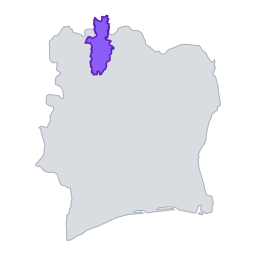 Bagoue, Savanes, Ivory Coast shown in context
{"feature_id": "98640826B26044148659027", "entity_name": "Bagoue", "entity_type": "district", "adm_level": 2, "iso_a3": "CIV", "parent_name": "Ivory Coast", "parent_adm1": "Savanes", "projection": "natural_earth1", "projection_center": [-6.474, 9.903], "detail": "fine", "context": "in_parent", "style": "filled", "palette": "violet", "viewbox_px": 256, "rotation_deg": 0, "n_neighbors": 0, "source": "geoboundaries", "source_scale": "gbopen_adm2", "svg_char_len": 8176}
<svg xmlns="http://www.w3.org/2000/svg" viewBox="0 0 256 256"><path d="M54.2,35.9L55.1,35.9L57.4,35.1L59.6,33.3L61.5,29.6L64.2,26.6L67.2,26.8L68.1,26.2L69.1,26.1L70.4,28.1L71.7,29.6L72.6,29.7L73.2,32.5L78.7,33.7L81.0,34.5L83.0,36.5L83.7,36.6L84.5,36.2L85.2,35.4L85.3,34.6L84.5,32.8L84.8,31.1L85.7,29.6L87.1,29.5L89.3,29.1L91.7,29.1L93.5,29.3L94.2,27.8L93.6,23.6L93.7,21.3L94.0,19.3L94.7,18.5L97.4,21.0L99.9,21.9L101.7,21.9L102.2,21.5L101.4,18.8L101.6,18.0L102.3,17.5L103.4,17.2L106.6,16.1L106.9,16.3L107.5,20.6L107.2,22.0L107.9,24.9L108.7,27.5L108.7,28.6L108.0,30.3L107.2,31.8L107.3,32.4L108.5,33.5L111.0,34.5L113.5,34.8L114.8,33.2L116.3,31.9L117.3,30.8L117.6,29.1L119.2,27.9L123.8,26.4L127.9,26.1L128.9,26.6L130.8,29.0L133.2,30.6L136.8,30.4L139.5,31.3L141.8,33.1L143.3,37.1L145.0,40.0L145.7,44.1L148.4,46.3L150.4,47.2L153.2,50.2L156.1,51.7L159.2,51.4L160.6,53.0L162.8,54.1L165.0,54.1L167.0,50.7L169.6,49.3L176.2,46.6L178.8,45.4L181.4,44.6L187.8,44.3L193.7,45.2L196.6,45.8L198.6,45.3L200.5,47.0L202.5,50.4L204.1,51.5L205.8,52.7L207.0,55.4L208.4,58.1L209.2,59.2L211.0,61.9L212.5,61.9L214.0,60.8L214.6,59.9L214.9,61.7L214.4,64.5L214.5,66.3L215.3,66.9L214.9,69.2L213.1,73.0L213.1,75.3L214.9,76.0L216.1,78.4L216.9,82.5L217.6,83.9L217.7,84.8L219.0,94.8L220.5,104.8L219.5,106.1L218.2,106.5L217.3,106.9L217.1,107.9L217.7,109.2L217.3,110.5L215.6,111.3L211.9,114.5L211.7,115.8L210.7,118.5L209.9,120.2L208.7,123.2L206.8,131.3L206.1,138.1L206.0,140.1L205.3,141.6L204.5,143.7L200.5,149.4L198.5,154.1L198.7,156.2L198.8,158.3L198.2,159.7L198.4,163.7L198.9,167.0L199.6,170.3L202.5,179.6L204.0,185.2L204.9,189.7L205.8,192.7L206.5,194.0L206.9,195.2L211.1,196.0L212.0,196.7L213.2,202.6L213.0,205.2L212.1,206.2L212.2,208.5L212.0,211.3L211.3,212.4L208.9,212.6L207.3,213.6L205.2,213.2L205.0,212.5L203.8,212.2L200.6,210.6L201.1,205.5L199.6,205.3L198.5,206.0L196.3,212.1L195.2,213.2L179.3,210.0L175.8,207.5L171.7,206.9L164.5,207.2L158.5,207.9L156.8,209.5L171.8,208.6L173.5,208.8L174.2,209.7L155.2,211.7L148.0,212.9L145.9,212.6L144.2,210.6L136.4,210.4L134.8,211.0L133.8,212.5L136.9,212.2L141.8,212.1L143.1,213.2L127.8,214.6L117.2,217.4L112.7,219.5L97.9,226.2L88.9,229.4L86.5,230.5L82.4,233.8L77.1,235.9L71.2,239.8L67.6,240.6L66.8,239.4L66.7,232.9L66.2,224.1L66.4,220.7L66.9,217.6L66.9,215.0L68.7,214.0L69.1,212.9L69.4,209.5L71.1,206.4L71.1,201.0L71.6,199.8L72.0,198.4L71.3,194.9L70.4,188.2L69.9,187.7L69.5,188.0L68.6,188.1L64.8,185.8L62.0,185.4L60.0,183.5L59.8,181.2L58.9,179.9L58.2,177.3L57.2,174.3L54.4,172.5L51.7,172.1L49.8,172.5L47.6,172.3L45.1,171.3L43.3,170.2L41.7,168.0L40.1,166.3L38.9,166.5L37.4,166.1L35.9,165.3L35.5,164.7L41.6,157.7L43.7,154.3L43.9,152.3L44.0,150.2L44.6,148.0L44.8,144.8L41.4,132.9L40.6,129.2L39.7,128.1L39.1,127.7L40.8,126.2L43.2,126.6L46.8,127.7L47.6,126.6L50.3,120.6L50.3,118.3L50.0,116.8L51.6,112.7L52.9,111.1L53.6,109.4L53.3,107.0L52.4,106.1L51.1,106.3L49.6,105.7L47.3,104.4L46.1,103.2L46.5,97.8L46.7,96.1L47.5,95.1L48.8,94.8L52.4,94.7L55.3,95.3L57.8,95.7L59.2,95.7L60.3,97.3L61.8,98.9L63.1,98.9L63.5,97.7L63.2,92.3L62.4,89.5L60.4,86.7L55.4,84.4L55.2,81.1L55.8,77.6L56.9,76.3L60.6,74.0L60.0,72.8L58.8,71.5L56.4,70.2L56.9,66.0L57.0,62.2L55.0,62.7L53.0,62.9L51.2,61.7L49.8,59.4L49.5,53.1L49.5,45.8L49.2,42.6L49.8,40.9L51.6,39.3L53.5,37.2L54.2,35.9ZM203.1,213.3L202.3,214.7L198.2,213.8L199.2,212.6L203.1,213.3Z" fill="#d9dde1" stroke="#a8b0b8" stroke-width="1"/><path d="M108.5,33.1L108.4,33.0L108.5,32.4L108.3,32.3L108.0,32.4L107.7,32.1L107.7,31.3L107.2,30.8L107.7,30.4L108.0,30.3L108.3,30.7L108.5,30.8L108.5,30.7L108.6,30.4L108.8,30.1L108.4,29.7L109.2,28.5L109.1,28.4L108.8,28.3L108.8,28.1L108.6,27.9L108.7,27.4L108.7,27.0L108.8,26.9L109.0,26.9L109.3,27.0L109.4,26.6L109.4,26.4L108.9,26.1L108.6,25.8L108.6,24.9L108.9,24.6L109.2,24.3L109.3,24.1L109.0,23.9L108.1,23.8L108.0,23.7L108.0,23.3L107.8,23.0L107.6,22.9L107.4,23.2L107.1,23.2L106.8,23.1L106.8,22.8L107.0,22.2L107.5,21.9L107.8,21.5L108.0,21.0L107.9,20.8L107.7,20.8L108.0,20.4L107.9,20.3L107.6,20.3L107.4,19.9L107.7,19.5L108.2,19.4L108.6,19.1L108.6,18.9L108.2,19.0L107.8,18.6L107.7,18.3L107.4,18.3L107.2,18.1L107.2,17.9L107.4,17.1L107.3,16.8L107.7,16.3L107.7,16.1L107.8,16.0L107.8,15.9L107.4,15.8L107.2,15.7L106.5,15.4L104.6,17.3L103.9,17.2L103.1,16.8L102.6,16.7L102.3,16.5L101.9,16.7L101.8,16.8L101.9,17.1L101.8,17.3L101.8,18.8L102.1,20.4L101.4,21.4L101.2,21.4L100.5,21.2L100.3,21.2L99.8,21.0L99.1,21.0L98.8,21.0L98.0,20.7L97.8,20.3L97.3,19.8L97.1,19.7L96.6,19.6L96.4,19.5L96.1,19.1L95.9,18.4L95.6,18.0L95.1,17.7L94.8,17.8L94.7,18.1L94.7,18.5L94.6,18.9L94.9,19.0L94.9,19.3L94.7,19.4L94.4,19.3L94.1,19.6L94.2,19.8L94.0,20.2L94.0,20.4L94.4,20.8L94.3,21.3L94.2,21.6L94.3,21.9L94.2,22.3L94.4,22.6L94.3,22.9L94.0,22.8L93.9,22.8L93.9,23.3L94.0,23.5L94.1,23.8L93.9,23.9L93.9,24.0L93.9,24.4L94.1,24.6L94.0,24.9L94.1,25.2L94.4,25.5L94.9,25.5L94.9,25.8L95.3,26.0L95.4,26.3L95.4,26.5L94.9,27.3L94.7,27.5L94.9,27.8L94.8,28.0L94.9,28.6L94.4,29.0L94.6,29.1L94.6,29.3L94.6,29.5L94.8,29.6L94.7,29.9L94.9,30.2L94.9,30.3L95.0,30.5L94.9,30.6L95.1,30.6L95.2,30.8L95.4,30.8L95.4,31.0L95.3,31.3L95.3,31.6L95.2,31.5L95.3,32.0L95.2,32.3L95.3,32.4L95.2,32.7L95.3,32.7L95.3,32.9L95.5,32.9L95.4,33.1L95.6,33.3L95.9,33.3L96.2,33.2L96.3,33.4L96.6,33.5L96.5,35.0L96.6,35.5L96.7,35.9L96.6,36.1L95.9,36.6L94.1,37.3L93.0,38.1L91.9,38.2L91.6,38.1L90.7,37.0L90.4,37.0L90.2,36.9L89.9,36.8L89.8,37.0L89.7,37.1L89.6,36.9L89.3,36.8L89.3,37.0L89.2,37.1L88.8,37.2L88.6,37.1L88.4,37.2L88.2,37.5L87.9,37.4L87.9,37.5L87.7,37.9L87.6,38.0L87.3,38.0L87.1,38.3L86.9,38.9L86.8,39.2L86.5,39.4L86.4,39.5L86.3,39.9L86.3,40.1L86.4,40.3L86.4,40.8L86.2,41.1L86.1,41.3L85.9,41.6L85.5,41.9L85.3,42.4L85.2,42.8L86.2,43.1L87.7,43.0L88.3,43.1L88.6,43.2L89.3,43.3L90.0,43.3L90.5,43.2L90.9,44.4L91.4,45.1L91.7,45.7L91.7,46.2L91.9,46.3L92.0,46.5L92.1,47.0L92.0,47.4L91.9,47.5L91.6,47.5L91.5,48.3L91.6,48.5L91.6,48.9L91.2,49.2L91.0,49.5L90.9,49.7L91.1,49.8L91.9,50.2L92.0,50.4L91.8,50.9L91.4,51.9L92.0,52.2L91.9,52.3L91.5,52.6L91.3,52.7L91.3,53.1L91.4,53.4L91.2,53.7L91.0,53.8L90.7,54.5L90.4,55.6L90.5,55.9L90.5,56.3L90.3,56.6L90.4,56.9L90.6,57.0L91.0,57.1L91.4,57.9L92.0,58.3L92.0,58.8L91.9,59.0L91.9,59.4L91.6,59.4L91.5,59.7L91.3,59.8L91.3,60.0L91.3,60.4L90.8,60.9L90.3,61.5L91.3,62.0L90.8,62.5L90.5,62.5L90.4,62.6L90.3,63.0L90.3,63.6L90.3,64.0L90.5,64.2L90.6,64.4L90.8,64.5L90.7,65.3L90.8,65.6L90.7,65.9L90.7,66.5L90.8,67.0L91.4,66.8L91.7,67.1L92.0,67.2L92.0,67.3L91.9,68.1L91.9,69.7L91.7,70.1L91.8,70.4L91.5,70.6L91.5,71.1L91.9,71.4L92.1,71.8L91.6,72.4L91.6,72.7L92.3,72.7L92.7,72.8L92.9,73.1L93.1,73.1L93.2,73.3L93.4,73.4L93.4,73.7L93.3,73.8L93.3,74.1L93.3,74.7L93.9,74.7L94.7,74.5L95.6,74.7L96.0,74.8L96.4,74.6L96.8,74.6L97.1,74.5L97.2,74.2L97.6,73.2L97.2,73.0L97.0,72.8L97.0,72.3L97.2,72.0L97.2,71.7L97.3,71.3L97.7,71.3L98.2,71.5L98.3,71.5L99.3,71.7L99.4,71.8L99.4,72.4L99.9,74.0L100.0,74.7L100.8,74.5L101.1,74.5L101.6,73.8L101.8,73.6L102.0,73.1L102.1,72.7L102.3,72.4L103.2,71.4L103.7,70.3L104.0,70.0L104.1,69.6L104.5,69.5L105.1,69.5L105.2,69.1L105.6,68.7L105.7,68.1L106.1,67.5L106.5,66.4L106.4,65.9L106.2,65.6L106.1,65.4L106.4,65.1L106.4,64.9L106.2,64.4L106.2,64.2L106.4,63.8L106.4,63.0L106.5,62.4L107.5,61.6L108.3,61.3L108.7,61.0L109.4,60.8L109.6,60.5L110.0,59.7L110.1,59.0L110.0,58.7L110.0,58.3L109.8,57.8L109.9,56.7L109.8,55.7L109.8,55.0L110.0,54.7L110.8,54.0L111.1,54.0L111.4,52.8L111.7,52.1L111.2,50.5L111.2,49.5L111.4,48.5L111.5,48.2L112.4,49.0L113.1,49.3L113.2,49.2L113.7,48.7L113.8,48.4L113.8,48.1L113.8,47.8L113.3,47.6L112.8,46.6L112.5,46.4L112.2,46.3L111.8,45.9L110.5,45.5L110.0,44.9L109.8,44.8L109.2,44.2L109.1,43.5L109.3,42.8L109.4,42.6L110.3,42.2L110.8,41.6L110.9,41.0L110.8,40.8L110.3,40.5L110.0,40.4L107.7,40.2L106.5,39.7L106.4,39.8L106.1,39.6L106.0,39.3L105.7,38.7L105.2,38.7L105.2,38.3L105.4,38.4L105.6,38.3L105.7,37.8L105.7,37.7L105.8,37.8L105.7,38.0L105.9,38.5L106.3,38.8L106.5,38.7L106.6,38.0L106.7,37.5L106.6,37.4L106.1,37.6L106.4,37.4L106.5,37.0L106.9,36.8L107.0,36.6L107.3,37.1L107.2,37.4L107.4,37.6L107.6,37.6L107.7,37.4L107.7,36.4L107.3,36.4L107.2,36.3L107.2,36.1L107.4,35.7L107.9,35.3L108.0,35.3L108.1,35.1L108.2,34.7L107.7,34.3L107.8,33.6L108.0,33.5L108.3,33.7L108.4,33.4L108.5,33.1Z" fill="#8b5cf6" stroke="#5b21b6" stroke-width="1.5"/></svg>